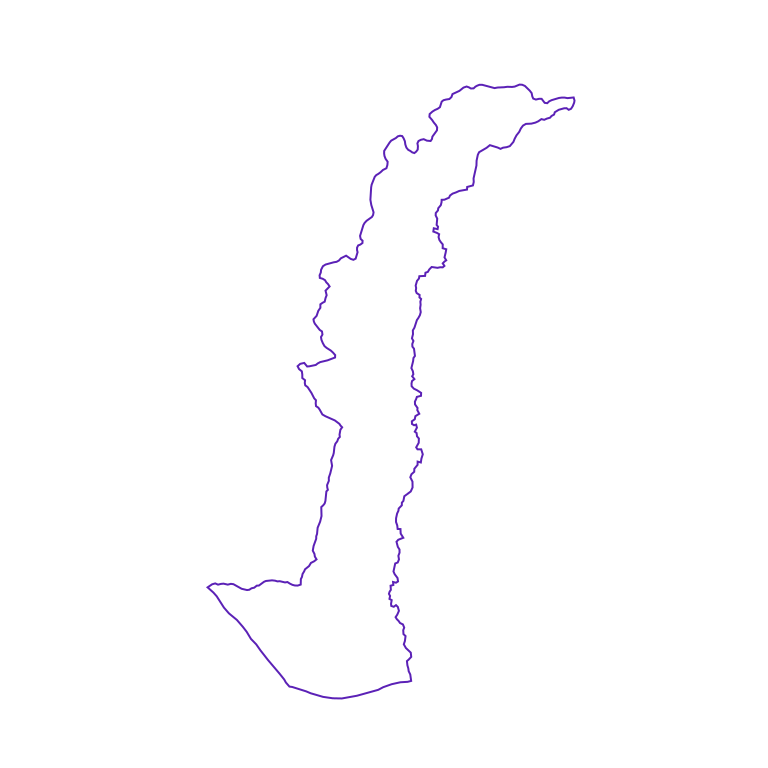 Pau D'Arco, Tocantins, Brazil (orthographic projection), rotated 280°
{"feature_id": "56859067B66536324452974", "entity_name": "Pau D'Arco", "entity_type": "district", "adm_level": 2, "iso_a3": "BRA", "parent_name": "Brazil", "parent_adm1": "Tocantins", "projection": "orthographic", "projection_center": [-48.908, -7.551], "detail": "fine", "context": "isolated", "style": "outline", "palette": "violet", "viewbox_px": 768, "rotation_deg": 280, "n_neighbors": 0, "source": "geoboundaries", "source_scale": "gbopen_adm2", "svg_char_len": 6147}
<svg xmlns="http://www.w3.org/2000/svg" viewBox="0 0 768 768"><g transform="rotate(280 384 384)"><path d="M96.3,462.3L102.5,460.3L105.4,458.2L108.2,457.3L111.0,455.9L115.1,454.7L116.8,456.1L120.0,458.2L124.1,457.0L127.8,451.4L131.1,448.7L134.4,449.2L139.5,449.0L141.1,446.6L144.9,445.7L147.6,446.2L150.5,444.4L151.4,441.3L153.2,439.5L154.6,437.5L156.4,435.9L159.1,437.1L163.2,438.1L166.9,436.3L168.3,434.2L166.3,432.3L166.7,429.7L168.7,429.1L172.5,429.1L173.3,426.7L176.3,426.8L178.2,425.3L180.5,425.6L182.5,426.5L186.5,425.5L187.7,428.1L190.6,427.3L190.4,430.3L192.0,432.1L195.3,431.0L198.6,427.5L201.0,425.9L209.2,426.2L210.6,428.5L213.9,429.2L217.3,428.0L220.6,428.6L223.7,428.0L226.0,425.9L230.8,423.7L233.1,425.1L235.9,429.7L239.6,426.4L244.0,425.4L243.6,422.6L247.0,421.6L250.2,419.8L253.9,419.2L258.7,419.4L261.7,420.2L263.9,420.1L267.6,422.6L270.3,422.2L272.2,423.4L277.0,423.5L282.8,429.0L287.1,430.1L292.8,429.0L296.7,426.1L299.9,426.7L302.8,429.0L305.8,428.6L310.2,431.1L313.4,430.6L313.1,433.9L316.9,433.8L321.5,434.4L326.1,432.0L325.5,428.3L327.2,426.7L332.1,428.4L336.4,427.8L338.2,425.6L341.4,424.6L342.4,422.6L346.7,424.0L349.6,422.7L348.6,420.8L349.5,418.5L352.1,417.9L354.6,420.4L357.8,420.5L360.8,423.9L364.1,421.3L366.2,421.2L369.3,418.1L372.0,417.5L374.9,418.3L377.0,418.6L378.8,422.5L381.7,422.1L383.6,417.6L384.6,414.2L386.6,411.6L389.3,411.0L391.8,411.1L394.1,413.1L396.5,410.4L398.7,411.2L401.6,410.2L404.4,408.2L411.6,408.7L414.7,408.5L417.0,409.6L424.0,407.4L425.7,405.5L428.3,404.9L431.5,405.5L433.8,403.6L438.1,403.9L441.8,403.1L444.8,404.2L452.7,405.3L454.8,406.3L458.0,407.4L461.2,407.7L464.9,406.4L468.4,406.3L471.4,405.5L474.2,405.8L475.4,403.9L477.9,403.6L479.2,400.4L481.3,399.1L484.1,399.0L486.4,398.1L491.3,398.6L493.9,400.1L496.3,400.1L497.6,405.7L500.8,405.5L502.0,407.7L504.7,408.7L507.5,410.6L507.7,416.5L508.7,419.0L509.1,421.6L510.8,423.0L513.0,420.9L515.1,422.3L516.6,423.8L519.2,421.6L524.1,421.9L527.5,421.9L527.9,418.2L531.7,417.6L533.5,415.4L535.5,413.5L538.2,412.2L541.1,412.3L542.0,409.9L542.7,406.1L546.0,406.0L545.8,409.9L548.3,409.9L549.8,408.2L556.1,407.7L559.0,405.6L561.4,405.3L564.3,407.0L566.5,406.9L570.0,408.9L573.1,409.1L575.4,408.8L576.0,411.5L578.8,415.7L581.1,416.3L583.4,418.5L585.1,421.5L587.2,424.6L589.9,432.0L592.5,431.7L595.0,437.1L598.5,437.3L602.0,436.5L615.2,437.1L620.0,436.4L626.0,436.6L628.8,437.4L634.4,444.0L637.6,446.8L636.6,454.9L635.8,457.9L637.4,460.2L638.5,463.6L640.1,466.6L644.9,469.4L648.2,470.1L651.9,471.3L655.8,473.4L659.4,474.4L662.6,476.0L664.8,478.6L666.0,483.9L667.7,487.7L669.5,490.3L672.2,493.0L672.0,495.9L673.7,498.4L675.1,501.3L677.0,502.4L678.9,504.7L681.3,505.0L684.4,508.5L686.8,513.5L687.3,515.9L686.1,518.3L687.5,520.4L690.3,521.6L694.0,522.4L696.2,522.4L699.1,521.0L697.4,515.1L697.4,512.2L697.0,509.6L696.1,506.7L692.7,499.9L691.1,497.6L688.9,496.0L688.8,493.4L692.2,489.7L691.8,487.2L690.5,484.2L691.0,481.4L693.0,480.1L696.1,478.9L698.2,476.6L702.0,471.0L702.7,468.1L702.4,465.5L699.6,461.1L698.8,458.6L698.1,453.8L697.1,450.7L695.7,444.4L694.6,441.5L695.7,428.8L695.2,426.0L694.0,424.0L692.7,422.4L690.7,420.9L690.1,418.2L690.9,416.1L691.3,413.7L689.7,410.8L685.8,407.4L681.4,401.1L678.3,400.6L676.0,398.9L674.9,395.7L673.8,393.3L672.1,391.8L666.3,391.0L664.3,389.0L662.7,386.6L660.7,384.4L657.8,382.1L655.0,382.3L652.3,385.6L650.2,387.6L648.0,390.2L645.9,391.8L643.0,392.1L636.0,388.7L633.6,388.7L631.4,387.7L631.1,384.0L632.0,380.6L630.9,377.9L629.3,375.8L626.8,375.1L624.2,376.1L620.7,376.5L618.4,375.3L616.7,373.8L617.0,371.6L618.1,369.4L618.8,367.2L620.7,365.0L623.6,363.4L626.7,362.4L629.3,360.7L631.3,358.9L631.3,356.7L630.3,354.6L628.3,353.0L624.9,348.8L622.8,347.6L613.6,343.7L611.0,344.1L608.6,344.9L606.1,346.4L603.5,349.0L600.3,349.3L596.9,348.9L594.6,345.8L591.9,343.8L589.9,341.9L588.4,340.1L586.4,338.9L578.1,337.2L575.5,337.2L563.1,338.6L558.1,340.4L551.3,343.9L548.5,343.9L546.4,343.1L541.7,338.5L539.2,336.9L536.9,336.1L525.7,334.7L522.8,335.8L521.4,338.0L519.1,338.3L517.2,336.5L516.0,334.5L513.6,333.8L511.2,334.2L509.2,335.1L502.5,334.3L501.0,332.3L501.4,329.5L503.8,324.4L500.3,319.7L497.8,318.2L496.1,316.1L495.1,313.3L491.5,305.7L489.4,303.4L485.5,302.2L482.8,302.4L479.9,301.7L477.3,302.4L477.0,305.3L476.0,307.9L474.1,309.5L472.7,311.5L470.6,313.5L465.8,310.2L461.5,312.1L458.5,311.5L454.8,311.3L453.4,309.5L451.4,307.5L448.0,308.1L444.7,306.6L439.4,305.8L435.5,303.3L433.3,304.1L431.4,305.4L426.1,311.3L425.0,313.8L422.0,314.8L419.3,313.8L416.7,314.7L413.7,316.6L411.0,318.8L409.6,321.2L407.7,325.8L406.1,328.3L404.0,330.9L401.6,331.2L397.5,324.3L394.5,317.4L392.8,315.2L390.9,313.5L388.5,307.5L387.9,305.3L390.9,301.8L389.3,298.0L386.5,295.8L383.9,297.8L382.2,300.9L379.1,301.9L375.7,302.5L374.0,305.6L371.3,305.8L369.0,306.7L367.7,309.3L362.6,314.1L357.7,317.8L356.2,319.8L353.1,320.1L350.4,320.9L349.3,323.4L347.6,325.1L343.3,328.6L342.1,331.9L339.6,341.9L337.0,347.0L335.5,348.4L334.1,350.3L331.4,349.0L326.4,349.0L324.2,349.7L322.2,348.4L319.4,347.9L316.8,346.5L313.6,346.1L307.4,346.5L305.0,346.3L299.9,345.1L294.4,347.1L286.6,346.6L282.2,345.9L279.1,346.5L274.5,345.5L272.2,346.1L270.0,347.1L268.2,345.9L258.7,346.6L256.0,346.3L254.0,345.2L251.9,343.6L243.1,345.4L237.3,345.0L230.9,343.6L224.7,344.1L222.3,343.7L219.8,344.1L212.3,342.8L207.5,342.8L204.6,345.0L202.0,345.9L199.6,348.0L197.3,346.0L195.1,343.1L191.7,341.8L187.8,338.4L185.6,337.9L182.8,336.8L179.7,336.7L177.5,336.0L172.0,336.8L170.5,334.0L170.1,331.2L170.3,328.7L171.1,325.9L172.2,323.3L171.4,321.0L171.7,315.6L171.1,313.3L171.4,310.9L171.2,307.8L169.5,301.9L168.4,300.2L163.8,295.8L163.3,293.7L160.9,291.6L159.8,289.0L158.0,287.1L157.3,284.9L157.6,279.4L160.7,270.5L160.6,267.9L159.3,265.0L159.5,260.6L158.8,258.1L157.6,255.4L158.3,252.4L156.9,249.5L153.1,245.6L149.0,252.2L145.9,256.1L136.0,265.2L131.2,271.1L126.1,280.1L120.4,287.1L116.1,291.8L109.9,297.2L105.4,303.4L100.2,308.6L92.1,317.6L80.3,331.8L75.6,337.1L73.0,339.2L69.6,343.4L69.7,346.2L67.8,360.7L66.7,365.5L65.3,378.3L65.6,388.1L67.0,397.1L72.3,411.5L81.8,431.4L85.3,435.9L89.7,443.7L93.1,451.9L94.8,459.0L96.3,462.3Z" fill="none" stroke="#5b21b6" stroke-width="2"/></g></svg>